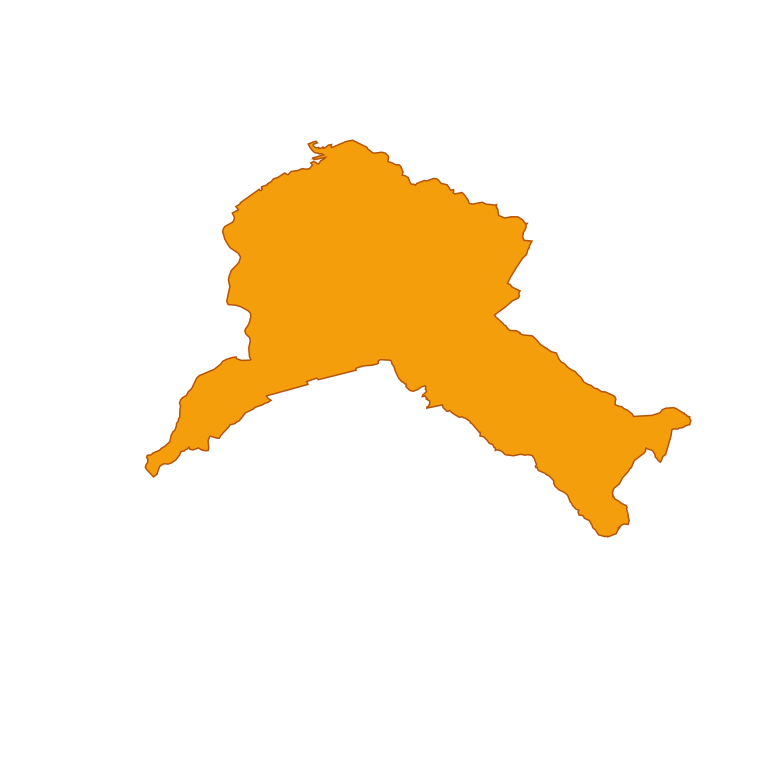 the district of Aninoasa, Gorj, Romania, rotated 150°
{"feature_id": "2599482B76100938199978", "entity_name": "Aninoasa", "entity_type": "district", "adm_level": 2, "iso_a3": "ROU", "parent_name": "Romania", "parent_adm1": "Gorj", "projection": "equal_earth", "projection_center": [23.453, 44.775], "detail": "fine", "context": "isolated", "style": "filled", "palette": "amber", "viewbox_px": 768, "rotation_deg": 150, "n_neighbors": 0, "source": "geoboundaries", "source_scale": "gbopen_adm2", "svg_char_len": 6159}
<svg xmlns="http://www.w3.org/2000/svg" viewBox="0 0 768 768"><g transform="rotate(150 384 384)"><path d="M429.9,607.9L430.2,603.1L432.4,600.6L434.8,599.8L442.9,600.0L445.4,598.9L447.6,596.4L449.5,588.8L449.5,582.0L449.1,578.9L445.0,570.3L444.7,565.7L449.0,561.7L459.6,558.6L464.2,554.8L466.7,551.9L468.8,545.5L478.3,534.9L479.2,533.2L479.1,530.6L472.9,526.3L469.2,522.3L465.0,515.3L464.3,511.9L465.6,509.1L469.0,505.3L472.6,502.7L476.3,501.0L477.9,499.6L478.7,496.6L477.3,491.8L477.5,490.0L478.5,487.8L482.6,483.5L483.8,481.4L486.9,474.8L487.1,471.7L488.2,471.7L495.7,475.7L498.7,479.3L498.9,480.4L498.4,481.1L501.4,482.6L507.9,484.1L512.4,484.3L515.3,482.9L523.6,481.6L539.8,483.6L543.2,482.8L552.9,476.2L557.7,475.0L560.7,472.8L565.0,472.9L568.1,472.0L570.7,469.6L571.1,466.7L573.4,464.1L577.6,457.4L579.3,456.6L580.4,454.9L583.4,453.5L584.9,451.4L588.2,448.5L590.6,448.2L593.8,446.1L598.4,441.1L604.4,439.7L609.0,439.6L611.5,438.8L618.8,439.7L621.0,439.1L624.7,440.6L626.2,439.2L626.3,436.8L627.8,434.3L630.6,432.9L632.3,431.2L632.3,428.9L630.1,418.8L625.9,419.3L619.9,424.5L618.2,425.1L614.3,424.9L611.0,422.6L607.3,421.9L602.0,422.4L596.3,424.8L593.4,427.0L590.3,425.9L588.6,426.5L587.3,426.0L584.4,426.8L584.9,425.1L584.5,424.1L582.0,422.3L576.6,421.4L575.0,418.1L571.9,415.4L569.5,414.3L567.6,416.5L564.6,423.0L560.7,425.9L556.1,420.9L553.9,419.4L550.6,421.2L539.1,424.7L538.1,425.7L532.7,424.2L531.5,424.7L527.5,424.6L518.4,428.3L509.8,427.7L507.3,428.2L499.3,426.7L497.1,427.0L494.1,426.1L490.0,426.3L491.6,429.5L491.8,432.5L450.7,421.8L449.9,421.7L449.8,424.8L439.3,422.7L438.8,420.6L401.3,409.9L400.5,411.6L397.6,411.1L392.5,409.8L385.0,406.3L380.4,404.9L378.5,404.9L377.5,406.9L375.1,406.9L367.9,402.3L366.4,401.0L366.2,400.1L367.0,397.9L366.7,393.9L367.7,389.8L368.4,381.8L367.4,377.0L366.3,375.6L366.0,374.0L364.8,372.8L366.3,370.7L365.1,366.3L364.3,364.9L362.0,363.0L357.4,362.3L352.9,362.8L349.2,361.7L349.4,360.3L350.8,358.9L350.6,357.1L351.1,356.1L355.8,355.1L357.2,353.9L354.2,353.1L354.4,351.5L353.8,350.0L354.9,349.8L352.9,346.3L354.7,343.4L356.0,343.2L356.8,342.3L358.4,342.6L359.0,341.7L343.9,336.7L344.6,334.0L343.3,329.2L342.4,328.3L340.5,328.3L339.3,324.5L335.5,317.6L332.6,316.4L331.9,314.9L330.7,313.9L328.1,308.5L328.6,307.4L327.5,305.0L325.6,294.5L324.8,293.9L326.9,291.0L324.3,288.8L322.9,284.0L322.4,280.0L320.2,277.2L320.4,274.0L319.5,272.8L320.8,270.8L319.1,270.6L316.5,268.0L315.5,266.5L314.6,262.6L313.7,261.6L307.7,257.1L300.7,254.8L297.3,251.7L295.4,251.2L293.0,249.5L291.2,247.6L291.5,246.5L291.0,244.9L292.0,239.7L291.9,238.1L294.0,237.1L294.2,235.6L293.1,235.5L293.6,232.5L293.2,231.5L289.4,226.4L288.5,224.0L286.9,221.9L285.4,215.4L286.7,213.0L286.9,209.9L285.4,204.9L282.4,200.6L280.9,197.1L280.7,195.0L281.7,188.5L281.2,187.3L281.4,184.4L280.4,179.8L278.4,177.2L279.9,176.1L280.6,173.1L277.6,170.6L277.5,167.4L274.5,163.1L274.5,157.4L275.1,155.3L273.8,151.8L273.6,146.1L269.0,141.4L267.1,140.8L266.8,139.7L257.5,138.3L255.1,140.3L251.4,142.0L252.3,142.4L248.6,143.1L246.1,142.8L242.8,140.3L239.8,143.3L238.9,147.2L238.0,148.6L236.4,154.5L235.2,155.5L235.0,157.4L238.1,162.0L239.1,165.0L241.5,168.9L241.4,172.2L242.0,172.2L240.3,175.7L237.4,178.6L230.2,179.8L224.3,183.5L216.7,185.9L213.4,187.7L211.6,187.9L205.5,192.6L193.4,194.1L191.1,195.1L189.8,197.1L188.9,197.6L188.3,196.0L185.1,192.7L184.7,191.2L184.6,187.7L185.6,184.8L184.8,183.2L185.0,181.7L183.9,178.2L182.4,178.7L178.9,181.7L175.4,182.1L175.3,182.8L174.6,182.9L161.4,195.6L157.4,200.6L155.2,200.1L152.1,198.0L150.1,198.3L148.0,197.1L142.7,196.9L139.5,195.9L137.5,198.3L136.7,198.5L136.4,199.4L136.8,200.7L135.7,202.7L137.0,203.6L136.9,204.4L137.8,205.0L137.7,206.2L139.0,208.1L138.6,208.6L139.4,209.3L143.1,216.4L144.8,218.5L151.9,222.1L156.1,222.6L159.1,221.0L167.5,222.8L184.1,231.1L184.0,233.9L186.1,239.3L188.6,242.8L189.5,245.6L191.4,247.0L194.1,250.4L192.7,253.0L190.6,255.3L190.5,257.9L191.2,258.4L190.9,258.9L196.3,266.5L199.4,268.6L201.8,273.5L203.8,275.0L205.3,279.1L208.0,282.3L209.9,285.5L210.2,291.4L211.5,295.0L212.2,299.2L214.7,302.8L216.5,306.5L217.5,311.3L219.7,314.8L220.0,318.2L219.3,324.7L222.9,328.2L225.0,332.5L225.0,333.5L225.9,334.2L229.0,340.6L229.4,344.1L231.1,350.7L232.3,352.2L238.9,356.8L241.2,359.7L240.5,360.3L242.7,363.9L248.4,367.6L249.3,371.1L249.4,373.7L250.5,375.0L250.6,376.7L253.8,386.8L253.8,388.5L239.9,390.1L231.2,391.8L224.6,391.3L222.5,392.6L222.4,394.2L221.7,395.4L219.6,396.6L224.5,403.6L225.0,407.1L226.8,409.4L220.8,413.4L209.9,419.3L201.1,423.6L195.7,425.0L192.1,428.5L190.0,429.4L189.2,430.7L184.4,433.8L190.8,438.3L190.3,442.5L188.2,444.3L188.2,445.1L184.9,446.9L182.6,448.7L181.6,450.6L179.7,451.5L181.4,452.4L181.9,456.9L184.3,461.6L189.9,465.1L196.5,467.4L200.4,472.7L198.2,478.3L198.6,480.1L198.1,480.2L198.0,481.5L196.8,483.0L199.4,483.8L200.5,485.1L205.7,488.7L208.1,492.3L217.6,495.6L219.3,497.2L219.8,498.5L219.2,501.8L219.8,507.7L220.7,510.8L227.6,513.2L228.6,515.0L227.2,516.2L226.6,517.5L229.4,518.5L229.7,524.9L234.2,529.2L235.1,534.0L235.9,535.5L238.2,537.2L245.4,538.5L247.3,540.1L255.3,541.3L257.3,540.4L257.8,541.5L260.4,543.6L260.7,545.6L259.8,550.5L261.5,553.7L263.8,555.7L261.5,558.1L260.7,564.1L261.3,566.1L264.8,568.5L266.1,571.1L269.3,574.7L266.5,578.3L266.4,579.7L267.5,583.4L270.0,585.8L276.8,588.7L278.2,589.9L280.6,595.8L280.4,597.1L280.7,597.9L289.3,610.8L295.7,613.0L310.0,614.7L311.4,615.2L309.7,617.6L312.6,618.7L316.6,618.0L318.4,618.5L318.0,619.2L318.6,619.9L320.0,619.5L322.8,620.5L322.8,621.1L321.6,621.2L324.9,622.5L326.2,625.6L325.5,626.8L321.1,626.2L321.4,628.1L323.5,628.8L329.6,629.7L329.8,625.5L329.3,621.9L328.2,618.8L325.7,617.0L324.9,615.5L322.9,614.7L321.8,612.7L332.8,615.4L333.3,614.9L331.6,614.2L332.4,613.2L321.4,609.5L323.6,608.8L327.2,609.0L330.3,607.4L331.4,607.8L332.4,610.3L334.2,611.9L336.9,612.1L336.4,609.4L341.1,607.7L344.4,609.2L347.0,611.4L351.9,612.0L358.2,614.5L362.5,613.1L364.6,616.4L372.8,616.0L377.1,616.9L380.8,615.6L384.6,615.7L385.0,614.9L391.6,615.9L392.2,614.8L391.8,613.8L393.4,613.0L394.7,613.7L394.8,615.0L417.7,612.8L419.0,611.8L423.6,611.7L423.0,607.6L429.9,607.9Z" fill="#f59e0b" stroke="#b45309" stroke-width="1.5"/></g></svg>